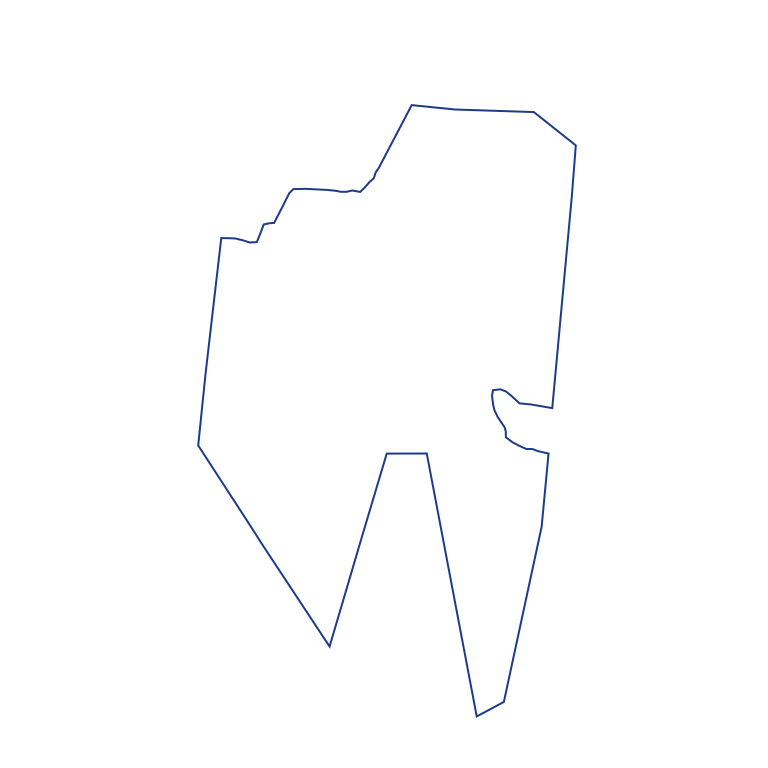 the district of Socorro do Piauí, Piauí, Brazil, rotated 194°
{"feature_id": "56859067B27559858306193", "entity_name": "Socorro do Piauí", "entity_type": "district", "adm_level": 2, "iso_a3": "BRA", "parent_name": "Brazil", "parent_adm1": "Piauí", "projection": "orthographic", "projection_center": [-42.476, -7.881], "detail": "fine", "context": "isolated", "style": "outline", "palette": "blue", "viewbox_px": 768, "rotation_deg": 194, "n_neighbors": 0, "source": "geoboundaries", "source_scale": "gbopen_adm2", "svg_char_len": 969}
<svg xmlns="http://www.w3.org/2000/svg" viewBox="0 0 768 768"><g transform="rotate(194 384 384)"><path d="M463.5,199.0L373.3,116.1L368.4,231.5L364.5,317.1L348.8,321.1L325.7,326.9L213.6,83.9L190.8,104.5L192.5,158.2L196.5,283.6L207.5,356.3L218.8,356.1L224.1,356.8L230.4,355.4L238.1,356.8L245.1,358.5L252.9,361.8L254.4,367.6L256.6,371.3L261.3,375.5L265.5,379.3L270.4,385.1L273.0,390.1L276.4,398.9L276.7,404.4L269.7,407.0L263.7,406.2L257.9,403.5L247.8,398.0L241.3,399.0L236.7,399.7L214.9,401.3L231.9,512.0L247.0,610.6L255.6,661.9L304.4,684.1L381.6,667.5L424.6,661.3L441.3,592.5L443.2,587.5L443.7,581.2L446.9,576.5L450.4,569.7L453.6,564.6L461.5,564.1L466.7,561.5L472.0,560.1L478.4,559.7L486.4,558.5L506.8,554.5L519.1,551.2L522.1,546.2L525.4,531.5L529.6,513.7L534.2,512.2L539.3,509.7L540.1,502.8L541.7,490.9L548.7,488.8L555.4,489.3L563.7,489.2L570.0,487.9L577.2,486.2L559.6,350.5L549.4,279.4L479.5,214.2L463.5,199.0Z" fill="none" stroke="#1e3a8a" stroke-width="2"/></g></svg>